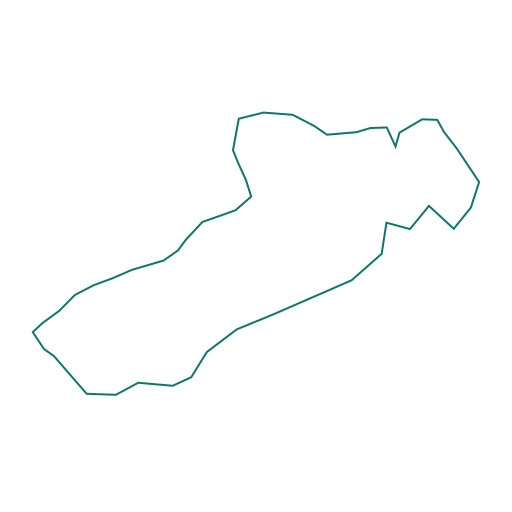 Pano Zodeia, Cyprus (Albers equal-area conic projection), rotated 182°
{"feature_id": "46923920B9088194369426", "entity_name": "Pano Zodeia", "entity_type": "district", "adm_level": 2, "iso_a3": "CYP", "parent_name": "Cyprus", "parent_adm1": "", "projection": "albers", "projection_center": [33.002, 35.145], "detail": "fine", "context": "isolated", "style": "outline", "palette": "teal", "viewbox_px": 512, "rotation_deg": 182, "n_neighbors": 0, "source": "geoboundaries", "source_scale": "gbopen_adm2", "svg_char_len": 781}
<svg xmlns="http://www.w3.org/2000/svg" viewBox="0 0 512 512"><g transform="rotate(182 256 256)"><path d="M35.6,337.7L59.3,370.7L72.6,386.7L79.6,398.4L94.7,398.4L116.9,384.3L120.4,370.3L129.8,389.0L146.1,387.9L160.1,383.2L189.3,379.7L202.2,387.9L224.3,398.4L253.5,399.6L278.0,392.6L282.7,360.9L276.9,348.0L268.7,331.6L262.9,315.2L278.0,301.1L289.7,296.4L310.7,288.2L327.0,269.4L334.1,258.9L348.1,248.3L379.6,237.8L399.4,228.4L416.9,221.3L435.6,210.8L450.7,194.4L467.1,181.5L476.4,172.1L464.7,155.7L454.2,148.7L439.0,132.3L420.4,112.4L391.2,112.4L369.3,125.2L334.7,123.4L316.5,132.6L301.9,158.2L272.7,182.0L236.2,198.5L197.9,216.8L159.6,235.1L130.5,262.6L126.8,293.8L103.1,288.3L84.9,312.1L59.3,290.1L42.9,312.0L35.6,337.7Z" fill="none" stroke="#0f766e" stroke-width="2"/></g></svg>